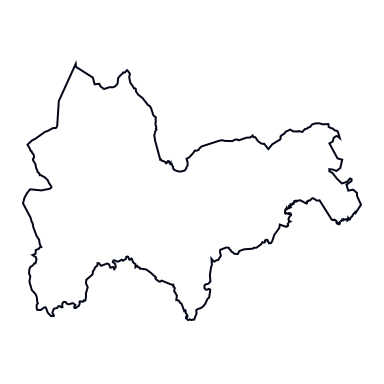 the district of Denkyembour, Eastern, Ghana
{"feature_id": "2480657B53762921220630", "entity_name": "Denkyembour", "entity_type": "district", "adm_level": 2, "iso_a3": "GHA", "parent_name": "Ghana", "parent_adm1": "Eastern", "projection": "natural_earth1", "projection_center": [-0.823, 6.057], "detail": "fine", "context": "isolated", "style": "outline", "palette": "ink", "viewbox_px": 384, "rotation_deg": 0, "n_neighbors": 0, "source": "geoboundaries", "source_scale": "gbopen_adm2", "svg_char_len": 5962}
<svg xmlns="http://www.w3.org/2000/svg" viewBox="0 0 384 384"><path d="M189.8,319.4L191.7,320.1L192.8,319.6L194.2,319.6L196.6,313.2L196.2,310.2L197.9,309.0L200.9,308.0L203.4,306.2L205.4,303.5L207.5,298.8L208.6,298.1L209.2,297.2L210.3,289.8L209.2,288.9L206.9,289.7L205.9,289.7L204.4,288.1L204.5,285.4L205.3,284.5L208.2,283.8L210.4,281.5L209.9,274.6L211.1,267.1L211.9,265.0L211.5,258.8L213.6,261.3L214.4,261.6L216.4,260.3L218.1,260.0L220.9,255.8L219.9,251.8L220.3,249.8L226.3,247.5L228.9,247.8L229.7,249.5L230.8,250.3L231.3,251.6L232.6,252.1L233.7,253.3L234.8,253.9L237.8,254.0L239.4,251.0L244.2,249.3L252.7,248.7L253.7,247.9L256.4,247.7L261.1,244.3L262.3,242.2L264.0,242.7L264.8,242.2L264.9,240.7L265.8,239.8L267.4,240.0L267.6,241.3L268.1,241.3L269.0,243.3L271.0,243.1L272.3,241.0L274.2,235.0L279.3,228.0L279.8,224.6L285.8,226.7L285.8,226.3L287.4,226.3L288.2,225.4L287.8,223.8L289.2,221.9L290.1,221.6L289.1,221.1L289.3,220.6L288.5,219.7L288.7,218.5L289.4,216.8L291.0,215.3L291.1,214.5L290.8,213.8L290.0,213.9L290.3,213.5L289.9,213.1L288.5,213.1L288.0,213.8L286.6,213.2L285.7,213.6L285.6,213.0L285.1,213.0L285.0,211.1L285.6,209.2L286.0,208.7L286.4,209.1L286.7,208.2L287.0,208.8L287.0,207.9L287.7,208.7L288.5,207.8L289.2,208.1L290.3,207.5L289.2,207.0L288.9,205.9L289.3,205.6L290.7,206.1L291.0,205.8L290.6,205.6L290.6,204.1L292.6,204.1L292.9,203.4L293.6,203.7L294.3,201.1L294.9,201.1L294.5,201.5L294.9,201.6L295.2,200.9L295.8,200.7L296.0,201.5L296.4,201.5L298.4,200.5L300.4,200.3L306.3,203.5L306.9,203.4L307.0,201.5L308.2,201.1L308.6,200.5L309.9,200.5L312.0,198.5L313.0,198.1L317.0,200.7L319.5,200.3L331.8,219.7L333.7,220.2L334.4,219.6L335.8,220.5L336.6,221.3L336.3,221.7L336.6,222.7L337.8,222.9L337.3,223.6L338.9,224.3L339.8,223.7L339.3,222.8L341.0,220.9L342.5,220.3L342.4,219.9L343.1,220.2L343.4,219.1L344.9,219.8L345.7,219.2L346.9,219.2L347.3,220.6L348.1,219.9L348.2,217.9L349.5,219.5L350.0,219.3L350.7,217.5L352.2,216.3L352.8,214.8L355.1,212.1L355.6,213.0L361.0,204.7L357.0,195.9L357.0,193.0L353.2,189.7L348.3,190.6L346.5,184.8L351.5,181.0L351.6,179.2L350.0,178.5L346.8,182.0L341.9,183.4L337.3,179.1L332.4,172.9L329.4,171.3L329.3,169.2L333.1,169.6L336.4,171.0L340.3,168.0L342.2,159.7L337.5,158.4L329.4,143.4L332.7,141.6L333.8,137.7L336.3,136.1L337.7,136.4L339.8,138.1L337.8,131.5L336.3,130.6L334.9,130.5L332.6,128.4L331.4,128.3L328.7,126.9L328.4,124.1L322.3,124.3L319.5,123.3L315.4,123.4L312.0,124.5L310.2,126.9L308.2,127.6L306.6,128.8L304.9,129.1L302.4,131.9L298.4,131.1L297.9,131.5L293.2,131.4L290.2,129.6L285.9,131.6L283.6,134.3L282.5,134.6L280.6,136.3L280.6,138.6L280.1,139.5L272.3,144.3L268.3,149.1L264.2,143.8L262.8,143.9L261.1,143.4L258.1,141.3L255.3,137.2L253.3,137.1L252.7,135.5L250.2,137.5L246.4,137.7L238.8,140.3L236.6,139.4L234.2,139.9L232.6,141.1L224.8,140.9L222.1,140.2L219.3,140.7L201.5,146.5L199.2,148.7L198.9,149.6L196.7,150.7L194.7,150.7L193.5,152.7L189.2,157.4L186.5,158.8L187.6,162.3L187.6,165.5L186.5,167.1L186.2,168.6L184.5,170.6L180.5,171.6L177.9,171.3L174.4,170.0L173.1,168.2L173.0,166.7L172.0,165.1L171.7,163.9L171.1,164.2L170.7,163.3L170.2,163.5L170.3,162.8L170.0,163.1L168.9,162.2L169.2,161.8L168.5,161.0L168.0,161.1L167.8,162.0L167.3,162.0L166.7,162.9L166.4,162.6L166.0,163.1L165.0,161.8L161.5,160.5L160.7,159.2L160.2,159.5L155.1,140.6L154.3,135.4L155.4,131.0L156.5,129.4L155.9,128.7L156.3,127.5L155.5,124.4L155.4,123.0L155.9,121.8L155.5,118.8L155.9,117.7L155.4,116.8L153.8,115.8L152.7,113.9L152.7,112.8L151.7,110.5L151.4,108.8L149.7,105.9L148.1,105.2L142.5,98.0L138.3,94.8L136.0,91.5L135.8,88.9L135.4,88.4L134.0,88.4L133.5,87.7L132.9,86.3L130.3,82.8L129.2,77.3L129.9,73.7L128.3,71.5L127.0,70.2L124.7,72.6L123.0,72.5L122.6,73.5L120.5,75.2L118.1,78.2L117.7,83.0L116.9,84.6L114.7,86.6L112.6,87.3L109.6,87.2L104.0,89.0L100.5,86.4L99.3,83.8L94.6,84.3L92.9,77.6L76.0,66.9L75.7,63.9L58.8,101.1L57.2,125.7L56.3,127.7L55.4,128.1L53.1,128.0L47.6,131.0L45.1,131.8L35.4,138.7L31.8,140.6L27.5,144.7L30.1,149.1L30.5,150.7L31.6,151.3L32.0,152.6L33.8,154.8L34.0,157.9L32.9,159.0L33.1,160.4L35.5,164.3L36.1,168.2L37.1,169.8L37.5,171.9L39.3,173.3L39.7,175.2L41.0,175.2L45.1,177.6L47.7,180.2L48.9,182.9L51.4,186.6L51.3,187.5L49.9,188.7L41.5,190.4L30.1,189.3L27.2,192.9L24.5,197.7L23.0,203.4L30.5,217.5L31.8,222.1L32.5,222.9L33.3,227.2L36.7,236.2L39.1,239.8L39.7,244.0L41.2,247.1L39.9,247.2L38.7,248.9L35.8,250.0L35.5,253.8L32.5,255.0L35.9,257.2L36.5,259.4L35.5,263.3L34.4,263.3L32.8,265.5L30.3,267.0L29.3,269.5L29.1,273.7L30.3,276.2L29.4,281.7L31.8,290.0L35.6,294.2L36.8,297.2L37.3,302.2L37.9,303.3L36.9,304.5L36.6,305.6L36.8,309.0L37.3,309.9L40.7,310.0L43.4,308.0L45.3,307.2L46.0,307.9L47.7,312.6L50.8,315.9L53.6,316.1L53.8,315.3L52.4,313.0L53.6,309.2L54.0,308.7L57.1,308.0L58.3,306.4L59.4,306.0L61.7,307.4L62.4,307.2L62.2,304.0L62.9,302.6L64.0,301.8L65.8,302.1L66.5,303.4L67.8,304.2L69.8,304.1L72.3,303.2L73.4,303.4L75.4,305.0L74.3,306.5L74.3,307.6L74.7,308.1L75.7,308.0L78.9,305.7L79.7,303.6L79.5,302.0L80.0,301.3L82.8,301.8L83.9,300.4L84.8,300.8L85.5,300.1L86.0,296.3L85.9,293.4L87.7,287.3L85.9,283.1L86.4,279.7L92.6,274.4L92.9,271.3L94.2,269.7L95.1,267.3L97.3,265.7L97.6,263.1L98.9,263.2L101.2,265.8L107.1,263.5L109.0,264.3L110.4,267.7L113.2,266.9L114.2,269.2L115.5,267.6L115.7,266.3L115.0,263.7L112.8,262.1L113.3,260.6L114.4,260.3L117.1,261.6L118.7,261.4L121.8,259.7L123.0,260.7L125.9,258.9L126.3,256.9L127.6,256.5L128.2,256.9L129.3,259.6L130.3,259.6L131.4,258.5L131.9,258.8L133.1,262.4L135.4,264.1L135.5,267.2L137.1,265.8L138.3,267.3L139.7,267.6L139.9,268.6L145.7,269.3L146.7,269.8L150.7,272.7L155.9,277.4L155.4,278.4L156.3,279.6L159.3,281.6L160.2,281.6L161.6,280.6L171.5,284.6L173.3,284.7L173.3,286.6L174.0,286.7L174.8,288.2L174.3,289.6L174.3,291.6L175.5,292.7L175.6,293.8L176.9,295.3L176.3,300.1L177.8,300.2L179.0,301.0L180.4,303.1L181.5,303.6L184.3,311.1L185.4,310.4L185.7,311.1L185.6,312.6L187.5,315.8L187.3,316.6L186.6,316.4L186.1,316.7L186.0,318.3L186.7,318.5L188.1,320.1L189.8,319.4Z" fill="none" stroke="#020617" stroke-width="2"/></svg>